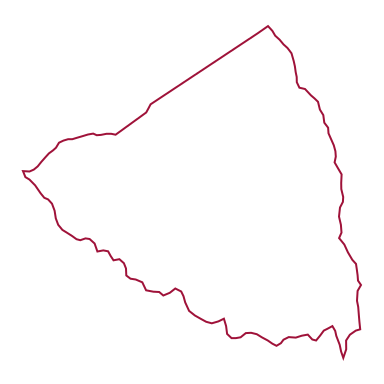 outline of Suzanápolis, São Paulo, Brazil
{"feature_id": "56859067B46046114301924", "entity_name": "Suzanápolis", "entity_type": "district", "adm_level": 2, "iso_a3": "BRA", "parent_name": "Brazil", "parent_adm1": "São Paulo", "projection": "equal_earth", "projection_center": [-51.077, -20.469], "detail": "fine", "context": "isolated", "style": "outline", "palette": "rose", "viewbox_px": 384, "rotation_deg": 0, "n_neighbors": 0, "source": "geoboundaries", "source_scale": "gbopen_adm2", "svg_char_len": 1957}
<svg xmlns="http://www.w3.org/2000/svg" viewBox="0 0 384 384"><path d="M328.1,127.7L324.3,122.7L323.3,115.1L319.9,109.6L318.0,101.8L314.5,98.4L311.0,95.4L305.0,89.0L299.4,87.7L296.8,82.2L296.7,77.0L295.7,72.2L294.9,66.4L293.7,61.0L291.5,53.3L287.5,48.0L283.5,44.4L279.6,39.7L275.2,35.7L272.4,30.9L268.0,26.1L257.7,33.3L150.6,104.3L148.5,108.3L146.2,112.5L115.6,134.7L111.2,133.8L106.5,133.8L100.9,134.9L96.7,135.2L93.2,133.6L88.0,134.5L82.4,136.2L76.9,137.8L72.3,139.2L68.1,139.2L63.4,140.6L59.0,142.7L56.0,147.7L53.0,150.4L48.9,153.4L45.1,157.6L41.3,161.9L37.7,166.4L33.8,169.6L29.5,171.5L23.0,171.1L25.4,177.1L29.4,179.5L35.1,185.3L40.7,193.4L44.3,197.8L48.1,199.4L52.0,203.7L54.6,210.7L55.8,218.4L58.2,224.8L62.4,229.9L65.8,232.0L72.1,236.0L76.5,239.2L80.3,240.2L85.5,238.4L89.6,239.0L94.6,243.5L97.4,251.5L103.3,250.4L108.1,251.3L110.6,255.9L113.5,260.3L119.4,259.2L123.9,263.2L126.0,268.5L126.3,275.5L130.5,278.7L135.7,279.5L142.3,282.3L146.1,290.3L153.4,291.7L159.2,292.0L163.3,295.5L169.8,292.8L175.3,288.5L181.2,291.5L183.5,296.2L185.2,302.4L189.1,310.9L194.9,315.5L200.9,318.9L206.2,321.8L211.8,323.3L218.4,321.4L223.9,318.7L226.1,326.1L227.1,333.9L231.5,338.1L236.0,338.1L240.6,337.3L245.8,333.1L251.1,332.8L256.8,334.2L262.0,337.4L267.8,340.5L272.4,343.7L276.5,345.8L280.9,343.2L283.5,339.7L288.7,337.1L295.8,337.6L301.8,335.7L307.8,334.6L312.3,339.5L316.1,340.5L320.2,335.5L323.8,330.6L327.4,328.8L332.4,326.1L335.2,330.9L336.3,335.9L339.7,344.8L341.1,351.5L343.3,357.9L346.2,349.3L346.1,340.5L349.9,334.7L355.8,330.6L360.2,329.3L359.4,321.6L358.9,315.7L358.2,306.9L357.0,300.8L357.6,290.9L361.0,285.0L358.0,280.6L357.6,275.3L356.8,269.3L356.0,263.9L352.3,259.8L347.9,252.3L344.3,244.5L339.1,238.1L341.5,232.6L340.9,224.8L339.0,216.6L340.0,207.5L342.9,201.9L343.2,197.0L341.3,189.1L341.2,183.0L341.6,174.4L338.6,169.3L334.6,162.4L335.8,156.6L335.4,151.2L333.8,145.3L328.5,133.3L328.1,127.7Z" fill="none" stroke="#9f1239" stroke-width="2"/></svg>